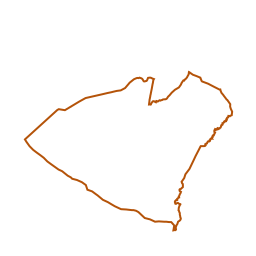 Ikere, Ekiti, Nigeria, rotated 25°
{"feature_id": "59680162B84830000650933", "entity_name": "Ikere", "entity_type": "district", "adm_level": 2, "iso_a3": "NGA", "parent_name": "Nigeria", "parent_adm1": "Ekiti", "projection": "equal_earth", "projection_center": [5.272, 7.511], "detail": "fine", "context": "isolated", "style": "outline", "palette": "amber", "viewbox_px": 256, "rotation_deg": 25, "n_neighbors": 0, "source": "geoboundaries", "source_scale": "gbopen_adm2", "svg_char_len": 5396}
<svg xmlns="http://www.w3.org/2000/svg" viewBox="0 0 256 256"><g transform="rotate(25 128 128)"><path d="M212.4,201.6L212.7,201.4L212.8,200.9L213.0,200.8L213.4,200.8L214.2,200.5L214.4,199.7L214.2,199.2L213.6,198.8L213.2,198.5L213.3,198.0L213.3,197.3L213.2,196.8L213.0,195.8L213.2,194.9L213.3,194.2L213.2,193.4L213.1,192.6L213.0,191.7L213.4,191.1L213.9,190.3L214.2,189.5L214.3,188.8L214.2,187.9L213.8,187.3L213.3,187.0L212.9,186.4L212.4,185.6L211.6,184.7L210.9,183.2L210.0,182.5L209.3,181.6L208.6,181.3L208.1,179.7L207.9,179.4L207.7,178.5L207.6,177.3L207.5,176.3L207.8,175.2L207.6,174.9L206.2,175.1L205.0,174.8L204.2,175.3L203.8,176.0L203.5,176.5L202.9,176.6L202.1,175.7L201.7,175.2L201.7,174.9L201.6,174.2L201.8,173.7L202.0,173.1L202.8,172.9L203.1,172.4L202.7,171.7L202.5,171.3L202.9,170.8L203.1,169.8L203.7,169.3L203.5,169.0L203.1,169.0L202.9,168.6L203.1,168.0L203.1,167.2L202.9,166.3L203.0,166.0L203.1,165.1L203.1,164.5L203.0,163.9L203.0,163.5L202.4,163.4L202.1,163.4L201.8,163.4L201.4,163.2L201.0,162.7L200.9,162.4L200.7,162.0L200.8,161.6L201.0,161.5L201.5,161.2L202.1,159.7L202.7,158.5L202.4,157.7L202.0,156.8L201.5,155.9L201.2,155.5L200.5,155.3L199.9,154.7L199.3,154.1L200.1,149.6L199.6,145.7L201.0,139.1L201.1,128.9L201.1,124.9L201.4,117.8L201.5,115.2L201.5,114.3L201.6,113.7L204.3,112.4L205.1,112.0L205.4,111.6L205.2,111.3L205.1,110.7L205.0,110.2L205.5,110.2L205.3,109.6L205.5,108.9L205.7,108.7L206.1,108.5L206.0,107.9L206.1,107.2L206.0,106.7L206.2,106.3L206.5,106.0L207.0,106.0L207.4,105.8L207.7,105.3L207.7,104.9L207.5,104.7L207.3,104.5L207.4,104.4L207.5,103.8L207.3,103.6L207.3,103.3L207.4,103.2L207.6,103.3L207.6,103.5L207.7,103.4L207.7,103.2L207.6,102.9L207.9,102.7L208.0,102.5L208.4,102.3L208.1,102.2L207.9,102.1L207.9,101.9L208.1,101.8L208.3,101.9L208.4,101.7L208.4,101.4L208.2,101.2L208.3,101.0L208.5,101.1L208.6,100.9L208.6,100.6L208.4,100.6L208.1,100.4L208.0,100.0L208.0,99.5L208.1,99.2L208.2,98.9L208.5,98.8L208.6,98.7L208.4,98.6L208.3,98.3L208.4,98.1L208.6,97.9L208.9,96.5L208.8,95.7L208.8,95.4L208.3,95.5L207.8,94.9L207.5,94.1L207.3,93.8L207.3,93.4L207.5,93.3L207.5,93.1L207.4,93.0L207.4,92.6L207.6,92.7L207.7,92.9L207.9,93.1L208.2,92.9L208.4,92.8L208.5,92.3L208.2,92.2L208.1,91.9L208.4,91.8L208.7,91.9L208.9,91.9L209.1,91.8L208.9,91.4L209.0,91.2L209.1,90.7L209.3,90.8L209.5,90.4L209.9,90.7L210.2,91.0L210.4,90.8L210.2,90.2L210.6,89.9L210.8,89.6L211.2,89.6L211.3,89.1L211.7,88.5L211.7,87.5L211.6,86.9L211.4,86.5L211.4,86.3L211.7,86.3L211.8,85.8L211.8,85.3L212.2,85.1L212.3,84.9L212.2,84.5L212.0,84.1L211.8,84.3L211.6,83.7L212.0,83.5L212.2,82.8L212.4,82.6L212.5,82.6L212.6,82.3L212.4,81.9L212.4,81.5L212.7,81.0L212.8,81.5L213.1,81.4L213.3,80.9L213.5,80.5L214.0,80.3L213.9,79.9L214.1,79.4L214.1,78.9L213.7,78.8L213.5,78.6L213.8,78.3L213.5,78.0L213.5,76.9L213.9,76.6L214.2,76.2L213.9,75.9L214.1,75.5L214.0,74.9L213.9,74.6L214.2,74.5L214.5,74.4L215.0,74.3L215.4,74.2L215.5,73.7L216.2,73.0L216.6,72.6L215.5,69.2L213.0,67.1L211.5,65.4L210.6,63.2L209.4,62.5L206.1,60.6L205.3,60.5L204.1,59.8L201.2,58.3L200.4,57.8L197.8,56.6L196.5,55.4L195.8,54.6L195.4,54.1L194.9,54.5L188.7,54.3L181.8,54.0L175.5,54.5L174.6,54.1L173.4,52.8L172.8,52.5L172.3,51.8L167.9,52.0L164.3,52.3L159.8,51.5L159.6,51.5L159.7,51.9L159.9,52.7L160.2,53.2L160.3,53.9L160.2,54.9L160.1,56.1L160.1,57.1L160.0,57.5L159.9,57.9L159.8,58.5L159.6,59.0L159.3,59.5L159.1,59.9L158.9,61.2L158.3,61.2L158.1,61.4L157.7,63.5L157.7,64.0L157.5,64.9L157.6,65.7L157.6,66.4L157.0,69.7L154.4,73.5L152.7,77.5L151.8,80.9L151.1,82.6L150.8,84.8L150.5,85.4L150.0,86.0L148.9,86.6L148.2,87.0L147.5,87.5L147.3,88.0L146.8,88.5L146.5,88.6L146.1,89.0L145.9,89.4L145.4,89.5L144.8,89.6L144.5,90.2L144.0,91.2L143.5,91.6L143.0,91.6L142.7,91.4L142.3,91.5L142.3,92.0L142.4,92.9L142.0,92.9L141.4,92.9L141.1,92.7L140.8,92.7L139.6,93.0L139.4,93.1L139.3,93.6L139.1,93.9L138.9,94.6L138.7,96.0L138.7,96.5L138.8,97.0L138.5,97.3L138.2,97.4L137.9,97.4L137.6,97.5L137.4,97.6L137.1,97.8L136.9,97.2L136.2,95.0L135.9,94.1L135.6,93.3L135.2,91.5L134.7,89.6L134.5,89.0L134.3,87.9L134.0,86.8L133.3,83.9L133.0,82.6L132.6,81.1L132.1,79.2L131.7,77.7L131.5,76.6L131.1,75.3L130.7,73.7L130.8,72.7L129.8,72.8L129.2,72.9L128.7,72.8L128.0,72.8L127.6,72.8L127.1,72.9L126.7,73.1L126.0,73.4L125.3,73.9L125.0,74.1L125.0,74.7L125.0,75.0L125.1,75.7L125.1,76.6L124.9,77.5L124.3,77.9L124.2,78.1L123.6,78.6L123.2,78.8L122.9,79.0L122.3,78.9L121.2,78.1L120.8,77.8L120.4,77.6L120.0,77.4L119.6,77.4L119.1,77.3L118.5,77.4L118.0,77.4L117.5,77.5L117.2,77.5L116.5,78.3L115.5,78.6L115.0,78.9L114.3,79.6L112.8,81.3L111.8,83.3L110.3,86.3L110.1,87.2L108.5,93.0L105.5,97.0L104.7,97.5L103.3,98.4L102.2,99.1L101.3,99.8L99.9,100.9L98.9,101.7L97.8,102.6L94.6,105.0L89.9,108.7L81.0,115.6L77.4,118.4L76.9,118.8L76.6,119.2L74.2,122.5L72.4,125.0L63.3,138.5L57.3,140.2L56.3,141.6L39.4,181.9L41.7,183.4L46.5,186.1L51.3,187.9L55.4,188.8L60.1,189.7L64.2,190.6L69.0,192.4L73.0,193.2L77.8,194.1L82.6,195.0L86.6,195.0L93.5,196.7L97.0,196.9L98.9,197.6L100.4,197.3L103.7,196.7L109.1,196.6L113.9,197.5L117.3,201.1L122.2,200.6L127.6,201.7L128.8,201.9L135.6,203.7L137.7,203.7L139.6,203.7L141.1,203.7L144.8,204.1L149.2,204.5L156.0,204.5L160.8,202.6L166.2,200.8L167.7,200.1L170.3,199.6L173.0,199.8L179.7,202.0L181.2,202.5L186.6,201.5L192.1,201.5L195.4,199.6L200.8,197.5L202.2,196.8L205.0,195.9L207.0,195.0L211.1,196.8L211.5,198.4L211.9,199.7L212.1,200.4L212.4,201.6Z" fill="none" stroke="#b45309" stroke-width="2"/></g></svg>